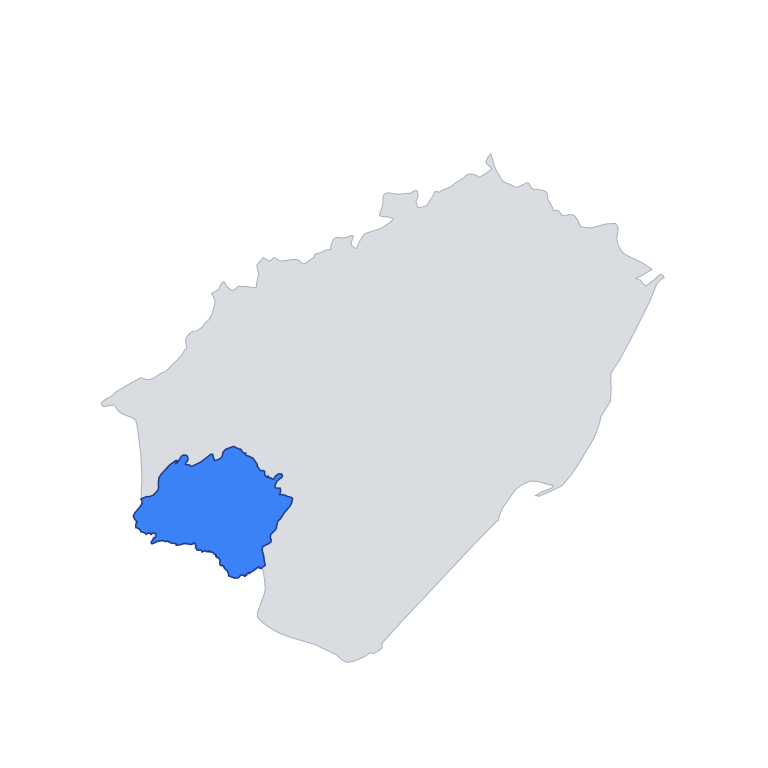 where Lublin sits in Poland, rotated 131°
{"feature_id": "POL-3151", "entity_name": "Lublin", "entity_type": "Voivodeship", "adm_level": 1, "iso_a3": "POL", "parent_name": "Poland", "parent_adm1": "", "projection": "equal_earth", "projection_center": [23.045, 51.304], "detail": "fine", "context": "in_parent", "style": "filled", "palette": "blue", "viewbox_px": 768, "rotation_deg": 131, "n_neighbors": 0, "source": "natural_earth", "source_scale": "10m", "svg_char_len": 7517}
<svg xmlns="http://www.w3.org/2000/svg" viewBox="0 0 768 768"><g transform="rotate(131 384 384)"><path d="M627.0,408.5L630.0,413.3L631.2,417.1L630.0,420.0L630.3,423.0L641.4,435.8L645.6,445.2L648.2,448.8L654.3,453.6L654.9,455.5L652.5,457.3L648.9,458.0L647.9,459.7L651.7,464.1L654.4,471.5L654.2,477.6L652.1,479.2L649.5,482.8L647.7,486.1L633.2,488.4L629.8,492.0L621.8,498.9L616.4,502.8L608.4,510.0L595.7,522.3L577.2,543.2L574.1,548.0L574.7,551.9L578.0,561.2L578.7,565.4L578.1,569.3L577.0,572.7L577.1,574.3L585.1,580.7L585.3,582.0L584.7,583.7L583.0,585.1L576.9,583.7L570.1,581.0L567.7,581.3L564.1,580.7L548.9,575.5L538.7,571.5L537.7,568.9L535.8,565.1L531.5,561.9L521.5,559.2L517.5,557.0L501.3,555.8L494.3,555.8L489.3,556.7L486.1,556.6L481.6,562.2L478.6,563.8L474.2,564.0L470.3,563.0L466.4,560.0L460.1,558.5L455.5,559.2L452.2,558.6L449.3,558.4L448.3,559.0L445.9,558.9L442.5,560.3L438.8,562.3L434.7,563.9L431.5,567.1L428.6,573.5L420.7,570.7L418.0,571.9L414.2,572.7L411.7,571.9L412.3,569.7L413.6,567.2L413.6,563.7L412.9,559.9L410.5,558.6L406.8,558.2L404.9,557.4L404.7,556.1L402.9,554.5L399.7,550.4L396.8,545.3L394.7,543.8L391.5,546.2L386.7,549.0L383.8,549.9L378.0,557.9L367.8,558.1L367.3,554.4L366.3,550.9L360.4,550.0L360.3,547.9L359.2,542.6L347.6,532.4L346.3,528.1L346.8,526.4L346.1,523.7L343.5,522.1L334.2,520.1L331.8,521.3L329.6,520.1L326.3,517.7L320.5,515.7L319.9,514.6L317.8,512.9L316.6,512.7L315.8,513.7L314.0,515.2L307.9,517.1L305.5,516.3L303.4,514.7L301.0,511.1L297.4,508.0L294.4,506.9L292.8,505.3L292.5,504.0L299.2,501.4L300.8,498.8L300.1,494.0L299.1,493.4L296.4,495.0L290.8,496.4L285.6,497.1L283.0,497.1L268.7,488.4L259.3,485.7L253.7,484.9L253.1,485.8L255.4,490.7L259.6,496.8L259.3,498.4L250.9,501.9L247.3,504.0L244.2,506.9L241.6,508.2L239.4,507.9L237.1,506.5L231.4,497.6L224.0,490.7L223.2,489.2L220.8,488.8L217.5,487.3L216.5,485.2L218.3,483.0L220.7,481.0L224.9,479.8L226.2,478.6L227.0,476.9L228.6,474.6L228.2,473.8L225.4,471.2L221.2,468.8L209.2,470.6L205.8,471.9L204.0,470.3L202.8,467.8L199.8,467.3L195.7,465.1L190.9,462.9L186.1,462.3L176.3,459.1L172.5,458.9L170.3,457.9L168.1,455.5L166.3,452.9L165.5,447.6L158.3,445.2L151.1,443.7L150.5,444.4L150.6,449.8L150.0,452.6L145.1,454.4L140.3,454.5L140.6,453.7L146.9,444.0L149.7,438.0L153.2,427.0L150.2,418.3L149.5,414.3L147.9,412.3L138.2,408.1L137.5,406.6L139.4,400.9L138.7,398.5L136.5,396.0L133.6,391.0L132.6,386.7L136.9,381.7L140.2,373.0L141.9,369.4L139.4,367.5L138.8,364.7L139.8,360.8L138.5,357.8L135.1,355.9L133.0,353.4L132.1,350.3L133.2,345.4L136.3,338.7L131.1,330.7L117.4,321.3L111.0,314.8L111.8,311.1L115.0,307.7L120.6,304.7L125.0,299.3L127.7,292.9L128.2,287.2L123.1,268.7L122.4,264.1L121.7,257.0L133.8,260.9L138.8,263.1L138.3,260.7L137.4,258.5L138.3,255.4L138.2,250.7L127.2,248.3L119.8,247.5L119.2,244.3L120.0,242.2L122.0,243.4L129.2,243.9L147.5,237.6L178.8,229.5L212.1,221.8L219.8,221.0L227.6,219.4L230.6,216.5L233.5,214.6L238.2,209.6L248.5,201.8L266.1,199.0L272.8,195.3L286.6,190.2L318.0,184.4L331.0,183.1L343.7,182.9L354.9,187.5L366.7,193.1L368.7,196.5L362.3,194.4L353.0,189.4L349.5,189.1L357.1,204.6L361.4,210.0L370.2,214.1L377.7,215.5L400.9,213.0L409.2,209.8L411.6,208.1L413.7,208.9L443.9,210.7L549.1,214.8L579.4,215.4L581.2,215.0L584.3,212.4L588.1,212.7L592.5,214.3L594.6,215.5L595.5,216.9L596.0,218.5L598.5,218.8L602.9,220.0L608.9,222.7L613.7,225.4L618.2,229.2L619.7,233.5L619.8,238.4L619.5,241.6L626.1,265.8L636.5,288.1L640.4,298.8L641.9,304.6L643.2,313.0L643.6,318.8L643.6,322.2L642.8,326.7L639.8,329.4L619.9,337.1L616.2,339.5L610.3,345.6L604.9,351.8L603.6,353.9L603.3,355.3L604.5,357.4L611.6,360.7L618.8,363.4L621.2,365.4L626.5,368.0L628.4,370.3L629.5,372.3L629.4,377.0L627.1,383.4L628.1,388.3L625.7,391.5L623.7,395.1L623.4,401.5L627.0,408.5Z" fill="#d9dde1" stroke="#a8b0b8" stroke-width="1"/><path d="M603.4,355.4L603.8,355.7L604.4,356.4L604.5,357.3L604.1,358.5L605.3,359.1L609.3,359.9L610.1,359.7L610.8,360.2L614.2,361.2L615.4,361.3L615.4,361.7L615.0,362.4L615.1,362.5L615.9,362.3L616.6,362.5L617.1,362.9L617.6,363.0L618.4,362.3L618.6,362.6L619.1,362.9L619.5,363.2L620.4,362.6L620.6,363.1L620.5,363.9L620.3,364.1L621.8,366.5L622.9,366.8L625.5,366.7L626.5,367.2L626.8,367.7L627.1,368.3L627.5,368.7L628.0,368.9L628.6,369.3L628.9,370.1L628.9,370.8L629.4,371.7L630.2,374.3L630.8,375.5L629.9,376.0L629.2,376.9L628.2,378.8L627.8,380.1L627.8,382.3L627.5,383.1L627.8,383.2L627.8,383.6L627.2,383.9L627.0,385.4L626.4,385.9L627.2,387.2L628.2,388.3L627.6,389.9L626.6,390.7L625.4,391.2L624.5,392.1L624.3,392.6L624.1,393.3L623.8,394.9L624.0,395.3L624.3,395.8L624.5,396.2L623.9,396.4L623.7,396.6L623.9,397.0L624.2,397.5L624.5,397.8L623.8,398.5L623.5,398.7L623.0,398.7L623.0,399.2L623.6,399.8L623.7,400.4L623.4,402.3L623.6,403.3L624.1,404.3L625.3,405.9L624.9,405.9L624.5,405.9L625.2,407.0L626.1,407.3L626.9,407.6L627.1,408.5L627.2,409.0L627.6,409.9L628.4,410.4L629.4,410.7L630.2,411.1L629.4,412.5L629.4,413.0L631.7,415.6L632.1,416.4L631.5,416.6L631.1,417.1L631.1,417.8L631.4,418.8L630.4,419.1L629.4,419.9L628.7,420.9L628.4,421.9L628.7,423.4L629.6,423.7L630.7,423.7L631.6,424.2L634.7,429.5L635.9,430.7L638.8,432.2L641.4,434.3L642.0,435.1L641.1,435.5L640.9,436.2L641.7,437.5L643.2,439.3L643.7,440.3L644.3,443.2L644.3,443.6L644.1,444.2L644.5,444.5L645.2,444.7L645.9,445.1L646.5,445.8L646.7,446.4L646.7,447.0L647.0,447.9L647.9,449.0L651.6,451.8L656.3,453.8L657.0,454.7L656.3,455.9L654.6,456.2L652.8,456.2L651.7,456.6L650.2,456.0L648.7,456.1L647.4,456.9L646.7,458.1L646.8,459.5L647.7,460.4L649.0,460.8L650.5,461.0L650.5,461.4L649.8,462.7L650.6,463.7L652.1,464.5L653.6,464.8L653.3,466.4L653.7,467.9L655.1,470.6L653.9,472.4L654.5,475.8L654.9,476.7L655.2,476.9L655.1,477.1L654.4,477.9L653.4,478.8L649.8,480.3L649.7,481.1L649.7,482.5L649.7,483.4L649.4,484.2L648.2,486.5L645.3,487.5L635.2,487.6L633.3,488.1L632.4,488.5L631.6,489.1L631.0,490.1L630.3,492.0L624.7,489.3L622.9,487.1L619.4,485.3L615.3,485.0L612.1,485.2L610.7,485.7L606.1,489.9L602.5,492.3L598.3,493.0L585.8,492.7L578.2,490.9L577.6,489.9L579.5,489.5L580.4,489.1L578.9,488.3L571.2,489.5L569.2,488.8L567.8,487.0L567.4,485.2L568.3,483.8L569.7,482.3L571.4,481.8L573.2,482.0L574.7,481.3L574.1,479.6L572.7,477.6L572.6,476.6L572.7,475.6L572.2,475.0L563.4,471.2L550.5,468.5L549.5,467.1L552.1,463.3L552.8,461.5L551.1,460.2L549.1,459.3L547.0,458.6L544.8,458.7L541.1,460.8L537.0,460.6L529.7,456.6L529.4,455.1L528.1,450.8L528.0,450.1L527.8,449.9L527.6,449.8L527.3,449.6L527.2,449.2L527.3,448.7L527.6,448.4L527.6,448.2L528.1,445.2L527.9,443.8L526.9,443.2L526.9,442.7L527.3,442.6L527.8,442.5L528.2,442.2L528.4,441.7L528.2,440.8L526.9,438.1L526.5,435.9L526.0,434.6L525.9,434.1L526.0,433.3L526.2,432.7L526.6,431.6L527.7,427.3L528.4,426.2L528.9,425.8L529.5,425.7L529.4,424.3L530.1,422.2L530.4,420.2L528.3,418.1L528.4,416.4L529.7,415.6L531.0,414.1L531.1,411.3L529.4,411.1L529.4,410.6L530.3,409.9L530.1,409.0L529.1,407.8L529.0,406.8L529.0,406.0L528.8,405.4L528.0,404.9L527.5,404.9L526.1,405.4L525.1,405.5L522.3,405.0L520.8,404.4L520.0,403.7L519.3,402.7L519.2,402.0L519.8,400.3L521.8,399.8L523.8,400.5L527.8,401.0L531.7,399.9L533.1,398.9L533.4,397.3L530.7,393.9L532.8,391.6L535.9,390.2L534.0,387.9L532.6,385.3L532.4,383.5L531.4,381.7L530.5,379.7L530.2,378.0L534.1,375.7L538.3,374.8L546.2,374.8L553.7,373.7L556.5,374.1L558.4,373.6L563.7,370.5L565.8,370.3L571.8,370.8L574.8,368.9L575.1,367.8L575.5,367.0L576.4,366.2L577.4,365.7L579.6,366.1L586.0,368.7L588.1,368.0L590.0,366.2L591.5,363.4L596.7,357.5L598.5,354.9L599.2,354.7L600.2,354.9L601.9,355.7L602.9,355.7L603.4,355.4Z" fill="#3b82f6" stroke="#1e3a8a" stroke-width="1.5"/></g></svg>